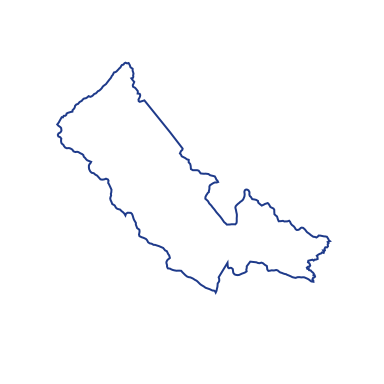 Rancharia, São Paulo, Brazil (orthographic projection), rotated 301°
{"feature_id": "56859067B22879674768233", "entity_name": "Rancharia", "entity_type": "district", "adm_level": 2, "iso_a3": "BRA", "parent_name": "Brazil", "parent_adm1": "São Paulo", "projection": "orthographic", "projection_center": [-50.923, -22.313], "detail": "fine", "context": "isolated", "style": "outline", "palette": "blue", "viewbox_px": 384, "rotation_deg": 301, "n_neighbors": 0, "source": "geoboundaries", "source_scale": "gbopen_adm2", "svg_char_len": 6035}
<svg xmlns="http://www.w3.org/2000/svg" viewBox="0 0 384 384"><g transform="rotate(301 192 192)"><path d="M211.2,49.3L209.8,49.1L208.7,48.9L207.5,47.8L205.7,47.4L204.2,47.9L202.9,48.0L200.6,47.5L199.3,48.1L198.1,46.8L196.0,44.9L194.7,44.1L193.4,44.5L192.2,44.2L191.2,42.8L189.5,42.9L189.0,41.8L184.6,41.9L183.1,42.0L180.5,41.7L180.0,43.3L179.8,45.8L179.4,46.9L178.3,47.8L177.3,48.5L176.1,48.6L174.9,48.3L173.4,47.4L171.8,47.6L170.8,48.8L171.1,50.9L170.4,52.5L169.1,53.0L167.7,53.9L166.7,54.9L166.3,56.1L166.2,57.4L165.4,58.7L164.8,60.4L165.0,62.1L166.3,63.9L166.7,65.5L166.7,67.6L165.8,69.5L166.2,71.5L167.3,72.8L167.7,74.1L167.7,76.4L167.9,78.3L167.7,79.8L166.5,81.1L166.1,83.0L165.6,84.1L165.2,85.8L165.9,90.0L164.2,90.1L163.0,89.8L161.6,90.0L159.9,91.0L158.6,92.1L157.3,94.1L156.8,96.0L157.5,98.1L157.1,100.2L157.2,102.2L156.7,103.8L155.7,107.0L156.3,108.6L157.3,109.9L158.1,110.7L159.1,111.4L159.4,113.5L158.7,114.6L157.6,115.0L156.5,115.6L156.0,116.7L155.1,118.0L154.1,119.5L152.5,121.8L150.1,123.0L148.6,123.4L147.3,124.5L145.9,124.7L144.4,125.2L143.2,126.3L142.0,128.1L140.6,129.9L140.7,131.6L140.6,132.8L139.4,134.8L139.1,136.5L139.5,138.1L139.9,139.4L139.3,141.6L139.2,143.0L138.7,145.0L137.6,147.0L139.4,146.6L141.1,147.5L142.6,150.3L142.3,151.8L141.4,153.1L139.1,155.6L138.2,156.8L136.6,159.8L135.1,160.7L132.8,163.6L132.6,166.2L131.7,167.0L130.7,167.6L128.2,168.5L127.1,169.7L127.3,172.1L127.7,173.8L127.9,175.3L128.0,176.9L127.5,178.4L126.3,180.3L126.2,182.2L126.9,184.1L126.9,186.2L127.7,187.7L128.0,189.1L128.6,191.6L129.2,196.1L128.1,199.1L128.3,200.9L126.4,203.8L126.0,205.0L124.1,207.0L122.8,206.6L121.4,206.0L119.3,206.0L118.1,206.5L116.3,208.4L115.1,209.1L114.1,210.6L115.0,212.7L115.0,214.1L115.3,215.8L115.8,217.4L116.5,219.2L117.6,220.9L118.2,221.9L118.9,223.4L118.3,225.0L117.3,229.1L117.0,231.4L117.3,233.0L118.0,234.6L118.3,237.3L118.2,239.9L118.3,241.2L118.2,242.5L117.3,246.1L117.1,247.6L117.1,251.0L116.9,252.9L117.8,257.2L118.1,260.3L118.8,261.6L118.8,262.9L118.0,264.1L119.9,263.9L121.9,263.2L123.9,262.6L126.9,261.1L128.4,261.3L129.9,261.1L131.6,260.0L132.6,258.8L149.6,258.9L148.1,259.9L147.0,260.7L145.8,261.8L145.7,263.0L146.7,263.8L147.2,264.9L146.9,266.7L145.6,267.7L144.0,269.0L143.3,270.9L143.6,272.4L144.3,274.0L145.3,275.2L147.8,276.9L149.5,278.3L150.5,279.0L152.1,279.7L153.3,278.6L155.2,278.0L156.5,277.2L162.3,277.8L164.9,283.4L165.1,285.0L165.7,286.5L167.2,287.9L167.5,289.5L167.1,292.0L167.1,294.3L164.3,296.5L163.7,298.1L164.8,299.5L165.9,300.6L166.6,302.1L167.4,303.2L168.5,304.3L168.9,305.8L168.6,307.5L168.5,309.1L168.9,310.5L169.2,312.5L169.5,313.7L170.0,315.0L170.0,316.2L170.3,317.8L170.6,320.1L170.7,321.9L171.3,323.8L171.8,325.1L173.2,326.2L174.3,327.8L175.1,329.7L176.2,331.2L176.7,332.3L177.1,335.4L177.2,337.0L177.0,338.3L176.8,340.3L177.6,342.3L178.7,341.5L179.0,340.3L180.6,340.0L181.6,340.7L182.8,341.1L183.8,340.0L183.2,339.0L184.7,338.5L185.2,337.3L185.4,335.5L185.9,334.1L185.3,332.6L186.3,331.6L185.5,330.5L186.3,329.4L187.9,330.0L188.5,331.1L189.8,331.2L190.9,330.0L191.4,328.9L191.5,327.6L193.0,327.1L194.9,329.0L196.0,330.1L195.9,331.6L197.1,331.9L197.7,332.9L199.3,334.2L201.1,332.9L201.6,331.8L203.3,332.5L204.7,333.3L205.8,334.3L207.2,334.6L207.6,336.2L208.8,335.9L209.5,334.5L210.5,335.9L211.8,334.8L213.3,334.8L214.1,336.3L215.5,336.5L217.1,335.2L218.4,335.4L219.0,334.1L220.0,334.8L220.9,335.5L221.0,334.3L221.9,333.1L223.1,330.7L222.5,329.0L221.9,327.9L220.7,324.4L219.9,323.0L218.6,322.8L217.1,322.1L216.8,320.5L216.1,319.0L216.2,317.4L216.3,315.8L216.6,314.3L216.8,311.4L217.2,310.2L218.0,308.3L218.5,305.8L218.0,304.4L217.1,303.7L215.3,303.3L214.1,302.4L213.4,301.3L213.5,300.0L214.4,298.5L215.0,296.8L215.2,294.7L215.8,293.0L217.0,291.4L217.4,290.1L216.0,288.9L215.0,287.4L214.3,286.3L214.1,284.8L212.8,283.2L211.6,281.4L212.7,279.8L214.8,277.5L215.0,275.9L215.4,274.1L217.9,272.4L219.1,271.7L219.8,270.4L219.5,267.0L220.2,265.8L221.1,264.2L221.5,262.6L219.2,260.6L218.2,260.1L216.3,258.8L216.6,256.4L217.0,254.3L218.3,253.2L218.3,251.1L217.8,249.5L216.9,247.3L218.1,245.0L218.3,243.7L219.2,242.6L221.5,241.3L222.5,239.6L222.5,238.3L222.0,237.1L220.7,236.4L219.1,236.8L217.2,238.3L215.3,239.2L213.5,239.5L211.8,239.7L209.9,239.2L208.5,238.5L207.0,238.1L205.8,237.6L203.7,237.0L202.2,236.8L201.0,237.2L200.1,238.0L199.2,239.0L198.0,240.0L196.0,241.9L194.4,242.9L192.6,243.8L191.3,244.6L189.8,245.5L188.4,246.1L186.6,245.8L185.8,244.3L184.7,242.5L183.8,241.4L183.1,240.4L182.0,238.6L182.5,236.8L182.7,235.1L184.5,231.2L185.5,228.7L187.2,223.4L188.5,220.4L189.6,217.2L190.3,215.6L191.1,212.6L191.8,211.5L192.5,210.1L193.1,206.9L194.6,206.1L196.6,205.9L197.9,206.0L199.3,206.0L200.6,206.5L201.7,205.9L202.9,205.6L204.4,204.9L205.4,204.2L206.9,203.9L208.2,204.5L209.5,205.1L210.6,205.7L211.9,206.6L212.9,208.3L214.0,209.2L214.9,207.8L215.1,206.6L216.1,205.3L217.1,203.5L216.6,201.7L216.1,200.2L215.7,198.8L215.9,196.9L215.4,195.7L214.7,194.2L213.7,192.7L212.9,191.0L212.4,189.8L213.0,188.5L213.7,186.8L213.5,185.6L212.9,184.4L211.9,182.8L211.1,181.4L211.1,179.3L212.4,178.3L213.6,177.5L215.1,176.0L215.7,173.9L217.9,172.6L217.4,170.9L217.6,168.5L217.3,164.8L218.5,163.1L218.8,161.8L221.3,161.5L223.2,162.0L224.4,161.6L232.0,142.2L246.0,104.0L242.4,100.8L242.4,99.6L243.7,98.5L246.1,98.4L247.2,98.2L248.4,97.7L249.2,96.6L248.4,94.7L249.4,94.3L250.6,93.5L251.5,91.1L252.0,89.6L251.9,87.2L253.1,86.2L254.6,86.1L256.6,85.8L257.2,83.9L258.2,81.5L259.5,82.6L260.6,82.3L261.6,81.5L263.3,80.9L264.4,79.8L265.3,78.7L267.1,77.6L267.2,75.1L268.8,73.2L269.9,71.2L268.8,70.1L268.6,68.4L267.6,67.8L265.9,67.6L264.7,66.5L263.3,66.4L261.8,66.5L260.5,66.0L259.1,65.8L258.0,65.5L256.8,65.3L255.4,64.7L254.4,63.6L253.1,63.6L251.6,63.8L250.1,63.5L248.3,63.7L246.8,63.5L245.7,63.3L242.2,62.9L240.2,62.7L237.1,61.4L235.8,61.2L234.6,61.2L233.1,60.9L231.2,60.3L229.9,59.4L228.6,59.2L227.0,58.8L225.7,57.7L223.7,57.3L222.3,56.7L221.2,55.8L220.9,54.0L219.2,53.5L217.7,52.7L216.5,51.3L214.9,50.7L213.5,50.6L212.4,50.0L211.2,49.3Z" fill="none" stroke="#1e3a8a" stroke-width="2"/></g></svg>